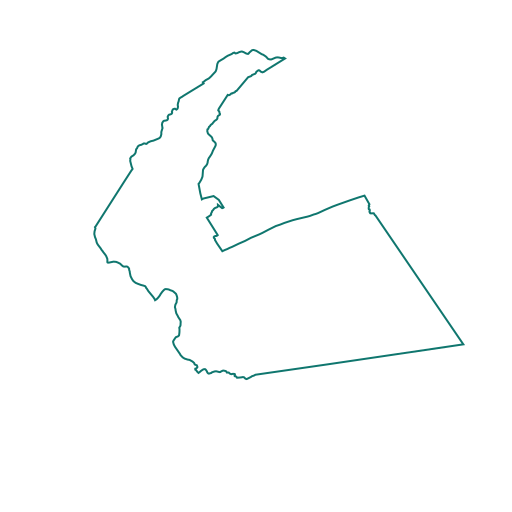 the district of Santarém, Pará, Brazil, rotated 238°
{"feature_id": "56859067B9705629805023", "entity_name": "Santarém", "entity_type": "district", "adm_level": 2, "iso_a3": "BRA", "parent_name": "Brazil", "parent_adm1": "Pará", "projection": "equal_earth", "projection_center": [-54.756, -2.669], "detail": "fine", "context": "isolated", "style": "outline", "palette": "teal", "viewbox_px": 512, "rotation_deg": 238, "n_neighbors": 0, "source": "geoboundaries", "source_scale": "gbopen_adm2", "svg_char_len": 6165}
<svg xmlns="http://www.w3.org/2000/svg" viewBox="0 0 512 512"><g transform="rotate(238 256 256)"><path d="M272.0,147.0L272.0,148.6L272.3,150.1L273.0,152.3L273.6,153.7L274.3,155.0L275.3,157.5L275.9,159.6L276.1,160.9L275.8,161.9L274.9,163.1L274.1,164.0L273.5,164.5L272.5,165.1L270.7,166.6L269.7,167.1L266.7,168.0L266.1,168.1L264.2,167.7L262.8,167.3L261.3,166.5L261.0,165.9L260.1,165.0L259.0,164.3L258.5,163.7L257.5,161.9L256.0,160.5L255.5,160.1L253.7,159.6L252.2,158.9L249.5,158.0L246.9,157.9L245.2,157.7L241.7,157.8L240.1,157.3L239.2,156.6L237.3,155.3L236.7,154.6L236.1,153.4L235.7,152.8L235.2,152.7L234.1,152.1L232.4,151.0L231.3,150.2L229.5,148.7L229.3,148.1L229.2,147.2L229.3,146.5L229.5,145.7L229.6,145.0L229.1,143.7L228.0,141.3L227.7,140.8L227.3,140.3L226.6,140.0L224.5,139.4L221.9,139.2L213.2,139.6L211.9,139.5L208.9,140.1L206.8,141.1L206.0,141.8L204.4,143.1L203.1,144.6L200.2,146.2L198.3,146.8L197.6,146.8L197.0,146.6L196.4,146.6L194.6,147.9L192.9,147.5L192.5,146.9L192.4,145.4L192.6,144.8L191.8,144.3L191.0,144.7L188.7,144.9L187.3,145.3L187.5,147.3L187.7,148.4L187.8,150.7L187.7,151.5L187.4,152.3L186.8,153.0L185.6,153.2L183.9,153.2L183.1,153.0L181.9,153.2L181.2,153.7L180.5,156.2L180.7,156.9L180.3,158.7L179.9,160.1L179.1,161.4L176.9,163.5L176.5,164.3L176.6,165.4L176.3,167.3L176.0,167.8L174.5,169.3L173.8,169.6L172.6,169.5L171.6,171.1L169.9,171.6L168.8,172.5L168.4,173.8L167.8,174.7L167.2,175.4L166.6,175.3L166.1,174.6L165.7,174.3L165.2,174.4L164.8,175.0L163.9,175.4L163.4,175.3L162.8,175.4L160.9,179.1L160.7,179.6L160.5,180.3L160.1,180.9L159.6,181.5L159.0,181.7L157.9,181.9L157.5,182.2L156.8,182.5L156.5,183.3L156.1,187.7L156.2,188.5L156.1,189.3L155.7,190.7L155.6,192.6L126.3,259.0L71.2,385.0L227.0,378.8L227.6,378.5L229.8,378.5L230.3,377.8L230.7,376.9L231.6,375.6L232.0,375.5L232.5,375.8L233.3,375.6L234.1,376.3L234.5,376.8L235.3,377.0L235.9,376.5L236.5,376.7L237.9,377.7L238.2,378.4L239.1,378.4L239.5,379.0L239.8,379.6L249.7,380.0L251.3,374.1L253.4,365.3L256.3,352.2L257.3,347.3L258.0,342.8L258.6,338.8L259.5,331.4L260.0,328.9L260.6,327.0L261.4,323.0L262.1,320.6L265.6,310.3L266.9,306.1L269.0,297.6L269.8,293.2L270.9,288.7L271.7,280.4L272.2,273.6L272.6,270.3L274.1,261.4L274.6,254.6L275.6,247.9L276.4,240.6L276.9,237.8L277.1,235.4L277.6,232.7L277.9,230.0L287.2,229.6L291.4,229.7L292.0,230.1L292.5,230.2L293.7,229.9L294.4,230.2L294.7,231.0L294.5,232.1L294.0,233.0L293.9,234.0L294.0,234.6L314.6,234.6L314.6,237.3L314.8,239.8L315.6,240.2L316.1,240.8L316.5,241.7L317.3,242.4L317.7,244.0L318.3,245.4L318.4,246.8L318.0,248.8L318.1,249.8L318.5,250.3L319.1,250.5L319.6,250.8L314.6,252.6L314.3,253.1L314.3,254.2L323.3,254.2L329.3,251.8L332.6,241.9L332.7,240.1L338.7,242.0L347.6,245.5L347.9,246.5L349.7,250.0L351.6,252.6L352.6,253.4L357.1,256.7L357.9,258.0L358.7,259.9L358.9,261.1L359.3,262.2L359.8,263.2L360.8,264.4L361.8,265.2L363.1,266.5L363.9,267.7L364.2,268.2L364.5,269.1L365.8,271.9L366.5,273.1L368.2,275.4L370.5,279.4L371.1,280.3L371.6,280.8L372.5,281.3L373.0,281.5L374.7,281.3L377.0,280.6L378.5,281.2L379.5,281.4L380.6,281.4L384.5,280.3L385.5,280.2L387.6,280.8L389.1,281.9L389.1,282.8L390.4,284.6L390.5,285.7L390.9,286.4L391.2,287.4L391.3,289.1L391.7,290.0L392.5,292.5L392.5,294.1L392.6,295.0L393.0,296.0L394.4,297.1L394.9,297.9L395.0,298.9L394.9,299.8L395.1,300.4L395.7,300.8L396.7,300.8L397.5,301.3L398.2,301.4L398.9,301.2L399.6,301.2L400.3,302.1L400.7,302.7L407.6,317.4L407.0,317.8L406.7,318.4L406.6,319.1L406.6,320.1L406.9,320.9L406.8,321.6L406.4,322.2L406.5,322.9L406.1,324.4L406.2,325.3L406.6,326.0L406.3,327.0L411.8,344.1L411.2,346.8L411.2,347.6L411.6,348.5L411.0,351.9L411.3,352.9L411.8,353.5L412.1,354.2L412.1,354.9L412.2,355.7L412.2,356.5L411.8,357.1L411.0,357.5L410.2,357.6L409.7,357.8L409.1,358.3L408.4,358.7L408.2,359.4L408.0,360.4L408.1,362.6L408.2,363.4L408.1,385.3L409.6,384.6L410.0,383.0L410.4,382.4L412.1,380.7L413.0,379.6L413.7,378.2L413.9,377.4L414.5,373.6L414.7,372.9L415.6,371.7L416.6,370.8L417.1,370.6L419.0,370.3L420.1,370.0L422.8,368.8L424.1,367.8L429.8,365.0L431.5,363.6L432.1,363.0L432.4,362.3L432.6,361.6L432.2,359.0L432.1,358.3L431.6,356.9L431.6,356.3L432.9,355.0L435.4,353.6L436.9,352.4L437.3,351.5L437.8,349.8L438.0,347.7L438.4,346.5L438.7,345.9L439.9,345.5L440.2,344.6L440.3,344.0L440.2,343.0L440.2,342.2L440.8,338.1L440.8,335.6L440.6,333.1L440.7,329.9L440.7,327.4L440.4,326.5L439.3,324.9L435.5,321.6L434.2,320.0L433.8,319.2L432.6,314.7L432.2,313.4L431.6,310.4L431.6,309.5L431.8,306.5L431.5,304.2L431.5,303.0L430.1,303.0L430.3,279.0L430.2,278.0L430.3,276.0L430.2,274.5L429.8,273.9L428.1,272.3L427.3,271.2L426.1,270.1L425.5,269.6L424.2,269.1L423.3,268.4L422.6,267.6L422.4,267.0L422.3,266.1L422.9,265.7L423.8,265.4L424.1,264.8L424.4,263.6L424.3,263.0L423.3,261.6L422.8,261.0L421.9,260.8L421.4,260.1L421.3,259.5L421.4,258.6L421.9,257.2L421.8,256.5L421.5,255.8L420.8,254.8L419.2,254.2L418.8,253.8L418.4,253.1L418.4,252.2L418.8,251.0L419.4,249.7L419.4,248.8L418.7,247.2L417.2,245.8L415.6,245.2L415.0,244.8L414.1,244.6L411.6,241.7L411.0,241.2L409.5,240.3L408.0,238.7L407.6,238.0L407.3,237.2L407.2,236.3L407.3,235.4L408.2,230.1L408.6,229.0L409.1,227.5L409.5,224.7L409.1,222.6L409.5,222.0L410.3,221.4L410.8,220.7L411.0,220.1L410.9,219.3L411.0,218.6L411.1,217.6L411.5,216.5L411.7,215.4L411.6,214.2L411.4,213.6L410.4,212.2L410.0,210.9L407.6,208.8L406.9,207.7L406.3,205.5L406.3,204.8L406.3,203.1L406.1,202.5L405.4,201.0L404.7,200.8L403.3,199.7L398.1,198.0L395.3,197.5L395.0,197.1L394.7,196.0L388.7,183.2L366.1,135.7L365.8,134.7L365.1,134.6L364.4,134.4L362.5,132.2L361.1,131.1L360.3,130.5L357.4,129.5L355.0,129.1L352.0,128.1L350.7,127.9L349.1,127.9L345.0,128.3L342.3,128.3L341.8,128.5L340.5,128.5L336.7,128.9L335.3,128.9L332.4,128.4L331.1,127.7L329.6,126.7L329.1,126.7L328.5,127.4L328.2,128.1L326.7,132.2L325.2,134.2L323.9,135.2L321.5,136.7L318.7,137.4L317.5,137.9L317.0,138.4L316.5,139.1L315.9,140.4L315.5,140.9L315.0,141.3L313.9,141.6L312.6,141.7L311.5,141.1L309.8,140.7L308.6,140.1L305.3,138.9L302.0,138.6L299.9,138.7L298.6,139.1L297.0,139.7L295.0,141.1L292.4,143.1L290.4,145.0L289.1,146.0L288.0,146.1L287.2,145.9L286.3,146.1L283.2,146.1L275.8,147.1L273.2,147.2L272.0,147.0Z" fill="none" stroke="#0f766e" stroke-width="2"/></g></svg>